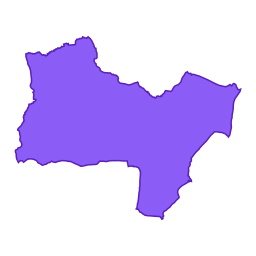 outline of Mueang Sukhothai, Sukhothai, Thailand
{"feature_id": "78962969B37959209018419", "entity_name": "Mueang Sukhothai", "entity_type": "district", "adm_level": 2, "iso_a3": "THA", "parent_name": "Thailand", "parent_adm1": "Sukhothai", "projection": "mercator", "projection_center": [99.745, 17.015], "detail": "fine", "context": "isolated", "style": "filled", "palette": "violet", "viewbox_px": 256, "rotation_deg": 0, "n_neighbors": 0, "source": "geoboundaries", "source_scale": "gbopen_adm2", "svg_char_len": 5581}
<svg xmlns="http://www.w3.org/2000/svg" viewBox="0 0 256 256"><path d="M18.4,162.5L19.6,161.3L20.6,160.7L21.4,160.7L22.5,160.9L23.6,162.2L27.6,159.2L30.3,158.9L32.3,159.0L33.5,159.3L36.2,160.4L37.0,161.2L38.0,162.8L40.2,163.8L42.1,165.1L42.8,165.2L44.3,164.6L46.2,164.2L47.7,163.1L48.4,162.7L49.7,162.6L51.6,161.2L53.4,162.1L55.8,162.4L56.7,161.8L61.9,160.6L65.5,160.8L66.8,160.9L67.3,161.2L69.9,161.5L70.4,161.4L76.0,164.0L78.7,165.1L80.9,166.3L84.2,165.8L87.7,164.9L95.8,164.4L97.5,163.8L99.6,161.3L103.4,161.2L106.1,161.6L110.5,160.7L118.6,160.6L124.1,161.0L127.1,160.9L128.3,166.5L130.5,166.1L133.2,166.1L133.3,166.6L135.9,166.7L138.3,167.6L139.6,169.5L140.4,172.1L140.4,174.8L139.9,181.2L139.9,185.5L139.5,187.9L139.5,190.8L139.1,192.0L138.3,200.3L137.8,203.0L137.6,203.2L137.5,203.7L137.0,207.7L136.2,208.9L137.3,209.3L138.1,209.1L139.3,210.9L139.6,211.9L141.5,212.6L142.1,213.4L144.9,215.2L148.1,215.8L149.7,215.8L155.5,216.3L159.5,216.5L160.2,216.9L160.9,217.6L161.9,219.2L162.6,218.9L163.0,218.3L163.0,217.9L162.5,217.0L163.7,216.0L163.0,214.4L163.2,212.7L163.5,212.1L164.5,211.1L166.2,210.3L167.3,209.0L169.8,207.2L172.2,204.1L174.4,202.6L176.3,200.3L179.0,197.8L179.1,197.4L178.9,196.4L178.0,194.0L177.7,192.8L177.7,191.0L178.3,189.4L180.0,187.5L181.9,185.8L187.8,182.3L188.2,181.7L188.3,180.8L188.6,180.5L189.5,180.8L189.5,181.5L190.1,181.1L191.3,181.4L191.1,180.8L191.4,180.6L191.4,180.3L190.8,179.6L190.4,178.7L189.6,178.1L189.0,176.4L188.3,176.2L188.0,175.6L188.1,175.2L188.4,174.9L188.3,173.5L188.7,170.8L188.5,167.8L188.6,167.3L189.9,165.7L190.2,164.2L189.9,162.6L191.0,161.6L191.4,160.5L191.4,159.2L190.9,158.5L191.6,157.8L194.7,153.6L195.8,152.3L199.2,149.0L199.5,148.2L202.3,145.1L206.4,141.0L210.7,135.4L213.5,132.9L214.3,131.8L217.7,131.9L220.7,132.5L221.9,132.4L223.8,133.3L225.0,133.6L228.0,136.3L228.4,137.0L229.7,135.2L231.4,127.3L231.1,122.6L231.6,118.7L232.0,118.0L232.1,115.3L233.1,109.5L233.4,104.2L233.8,101.8L235.0,98.7L240.0,91.5L240.6,89.2L239.1,89.8L237.9,89.3L236.5,86.8L236.1,85.4L235.7,84.6L234.9,84.0L233.9,83.5L233.5,83.5L233.2,83.8L231.7,85.9L231.1,85.3L230.1,84.5L227.9,85.9L226.1,86.6L225.3,86.7L222.2,86.1L218.5,85.1L213.7,82.9L207.9,79.9L199.5,76.2L193.7,74.4L192.7,74.3L191.5,75.0L191.0,73.8L190.7,73.8L190.7,73.4L188.6,73.5L187.4,71.8L187.0,72.2L186.1,72.3L185.6,72.6L184.6,74.6L183.0,76.7L182.2,78.0L180.8,82.1L178.8,84.2L178.0,84.7L175.5,85.7L174.4,86.5L173.3,87.9L172.4,89.9L171.5,91.1L170.8,91.4L165.7,90.6L165.3,90.9L164.9,91.5L164.2,93.2L163.5,93.6L162.0,95.1L161.8,96.0L161.2,95.7L161.0,96.4L160.6,96.2L160.4,96.5L159.9,96.6L158.1,96.0L156.5,96.4L156.6,97.2L155.7,98.0L155.2,98.0L154.4,97.2L153.7,97.5L153.3,97.1L152.3,96.8L152.0,96.3L151.0,95.9L150.9,95.3L150.4,95.1L149.9,95.1L149.5,94.5L149.2,93.3L148.3,92.8L147.9,92.8L147.7,92.5L148.1,92.3L148.0,91.8L147.5,91.5L146.9,91.9L146.8,91.6L145.7,91.1L145.2,90.5L143.4,88.3L142.1,87.9L140.5,86.6L140.2,86.8L139.8,86.7L138.8,85.2L138.2,83.4L138.2,82.8L137.6,82.1L134.7,83.1L134.1,83.1L132.0,84.2L129.0,84.9L128.1,84.8L124.2,83.7L120.3,83.2L119.1,82.3L118.0,80.6L117.9,80.0L118.4,78.7L117.9,76.9L117.3,76.1L116.2,75.8L116.3,75.4L116.1,75.2L113.3,74.8L113.2,74.3L111.9,74.5L110.5,73.0L106.4,72.8L104.4,72.6L102.9,72.1L101.2,71.3L100.3,70.2L99.9,68.5L99.4,67.9L98.6,67.3L97.2,66.6L96.6,66.1L96.1,64.9L96.1,63.9L95.1,63.1L94.0,61.1L94.4,59.1L95.1,58.7L96.5,58.4L97.0,57.7L97.0,53.7L96.8,52.7L96.1,50.9L95.9,48.3L95.1,48.1L94.6,47.7L93.7,44.8L91.7,40.7L90.2,38.6L88.1,36.8L87.8,37.3L87.4,37.5L87.4,37.8L86.8,37.8L86.6,38.2L86.1,37.9L84.9,38.1L84.6,37.9L84.1,37.8L84.0,37.3L83.3,37.3L82.6,36.9L82.0,38.3L80.8,38.7L80.0,38.4L79.2,38.9L78.1,39.2L77.8,39.5L77.5,39.3L77.0,39.2L75.5,41.2L75.4,43.4L75.5,43.7L75.4,44.5L75.2,44.6L68.6,45.2L68.4,43.6L67.7,43.8L67.4,43.7L67.1,44.0L66.3,43.3L64.7,43.9L64.4,44.2L63.7,44.2L64.2,46.1L62.5,46.7L61.5,46.4L61.2,47.0L61.2,47.3L60.4,48.0L60.0,47.9L59.2,48.4L58.8,48.0L57.6,48.0L57.3,48.8L56.9,48.8L56.4,49.2L56.0,48.9L55.7,49.1L55.7,49.4L54.7,49.8L54.6,50.2L54.2,50.2L54.3,50.6L53.9,50.5L53.7,50.9L53.4,50.7L53.2,51.1L52.1,51.5L51.6,51.2L50.5,52.0L50.1,51.9L50.0,52.3L49.5,52.5L49.6,52.9L49.3,52.9L49.4,53.3L49.1,53.4L48.8,53.7L48.3,53.5L48.1,53.8L47.5,53.7L47.7,54.4L47.5,55.2L46.8,55.5L46.6,55.3L46.1,55.6L45.9,55.4L45.7,55.6L45.6,55.3L45.2,55.4L45.0,55.1L44.1,55.2L44.1,54.9L43.8,54.7L43.2,54.8L42.5,55.1L42.0,55.0L40.7,53.5L40.0,53.1L39.8,52.4L39.2,52.0L37.8,52.2L37.7,52.6L36.9,52.7L36.6,53.0L35.1,53.5L35.0,53.8L34.6,53.9L34.0,53.7L32.8,53.8L32.3,53.4L30.9,53.4L30.4,53.0L29.8,53.1L28.6,52.7L27.7,53.4L27.3,53.4L26.9,54.0L26.0,53.8L25.9,56.3L26.8,59.7L27.6,61.6L27.7,63.4L27.9,64.2L29.4,67.0L30.5,70.3L31.5,79.2L31.5,80.8L31.4,82.6L30.4,84.9L30.4,86.4L31.5,88.3L33.5,89.7L34.0,90.3L34.0,91.5L33.9,91.9L32.9,92.2L33.4,92.9L33.6,94.0L33.8,96.1L33.6,96.3L33.5,97.5L33.6,99.3L35.6,99.4L36.0,99.5L36.0,99.8L35.4,100.7L35.2,101.2L34.6,101.6L33.3,101.9L33.2,103.1L32.9,103.0L32.0,103.5L31.6,103.4L31.1,104.0L29.1,104.2L28.8,104.8L28.9,105.7L28.2,107.5L27.9,107.7L27.9,108.1L27.6,108.5L27.2,109.7L26.3,110.7L26.3,111.4L25.6,111.8L25.4,112.3L25.0,112.4L24.8,112.9L25.1,114.4L24.3,114.6L23.8,115.2L23.8,116.6L23.5,116.8L23.6,117.1L23.4,117.5L23.9,119.2L23.9,119.9L24.1,120.8L23.6,121.1L23.4,122.2L22.5,123.0L21.3,125.5L18.6,128.1L17.7,129.4L17.6,129.9L17.8,130.2L19.1,130.8L19.4,131.4L19.7,134.1L20.4,137.0L19.9,138.8L20.0,140.4L20.4,141.4L21.1,141.9L21.8,144.3L21.6,145.7L21.0,146.7L19.9,147.5L18.2,147.8L17.4,149.3L15.9,149.9L15.4,150.7L15.4,151.8L16.3,154.2L16.2,155.7L16.6,158.7L18.4,162.5Z" fill="#8b5cf6" stroke="#5b21b6" stroke-width="1.5"/></svg>